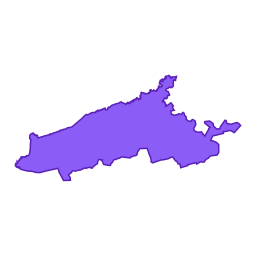 outline of Itas/Gadau, Bauchi, Nigeria
{"feature_id": "59680162B90895100901083", "entity_name": "Itas/Gadau", "entity_type": "district", "adm_level": 2, "iso_a3": "NGA", "parent_name": "Nigeria", "parent_adm1": "Bauchi", "projection": "albers", "projection_center": [9.915, 11.886], "detail": "fine", "context": "isolated", "style": "filled", "palette": "violet", "viewbox_px": 256, "rotation_deg": 0, "n_neighbors": 0, "source": "geoboundaries", "source_scale": "gbopen_adm2", "svg_char_len": 5806}
<svg xmlns="http://www.w3.org/2000/svg" viewBox="0 0 256 256"><path d="M27.3,171.0L32.7,171.4L34.7,172.2L37.7,172.6L40.0,172.6L45.9,171.0L57.7,168.4L59.0,170.9L58.9,171.8L63.6,180.5L70.4,180.3L70.2,177.5L68.4,174.9L71.5,172.5L72.1,171.2L74.0,170.6L75.2,171.2L79.3,169.9L79.9,170.2L82.6,169.0L82.7,168.8L85.9,167.8L86.3,168.3L88.0,167.6L90.1,167.3L91.3,168.2L92.5,167.9L92.7,167.3L95.1,165.2L97.5,163.6L97.6,161.9L98.7,159.4L102.1,159.9L101.6,160.6L102.0,160.8L102.9,162.5L103.6,164.4L109.1,165.5L110.5,165.3L110.9,163.8L112.8,161.9L113.1,160.7L114.0,159.7L116.3,159.4L117.6,158.5L119.9,158.1L121.2,156.9L130.1,157.9L130.3,157.5L133.4,156.0L135.9,155.6L137.1,154.5L137.5,152.0L139.9,148.6L147.2,148.4L149.3,154.6L150.2,156.5L151.0,159.2L151.2,160.9L151.0,161.7L152.6,162.9L160.7,160.1L164.9,159.5L168.0,158.8L171.2,157.3L172.7,157.0L175.5,160.9L176.8,161.2L178.0,163.9L180.1,164.4L180.7,167.7L188.0,165.5L188.0,164.6L196.0,162.7L196.8,164.1L200.6,161.7L202.9,162.2L204.2,162.0L206.1,159.3L208.2,158.3L210.3,155.9L217.0,155.1L218.3,153.3L218.8,152.1L218.7,144.6L216.6,142.5L213.4,141.0L212.0,140.8L210.7,140.3L212.6,136.0L223.4,133.4L223.1,131.9L230.4,130.4L234.3,132.6L240.6,125.5L238.9,123.6L236.9,122.5L232.0,123.9L231.5,124.3L226.9,123.5L226.1,120.5L224.9,120.3L220.3,126.9L219.8,128.8L216.7,129.0L213.5,126.1L213.2,123.8L212.3,122.9L209.6,121.0L205.1,121.5L204.5,122.0L204.8,123.2L210.0,127.4L208.7,128.7L208.5,129.7L204.7,136.1L201.5,131.9L198.0,132.2L195.6,131.5L194.3,130.5L193.7,128.6L195.8,124.6L195.3,121.2L193.0,119.5L192.0,119.8L190.8,121.4L190.4,121.0L189.1,121.3L188.3,120.9L186.0,119.2L186.3,118.7L186.0,116.6L184.6,115.4L184.2,113.4L182.9,112.4L181.4,114.3L178.5,113.8L178.2,114.4L176.1,114.8L174.5,115.4L173.9,115.3L173.5,114.8L171.3,114.2L170.8,110.9L174.2,110.3L172.8,108.2L172.5,106.8L173.4,106.0L171.0,102.8L166.4,106.1L165.7,106.3L166.3,104.9L166.1,104.3L165.0,103.7L164.9,102.2L164.1,101.6L162.7,101.9L162.5,101.5L162.8,100.7L163.6,100.4L164.2,98.4L164.6,98.0L165.2,98.0L165.8,98.8L166.1,98.8L166.9,98.4L167.4,97.4L167.5,95.7L167.8,95.5L169.4,95.4L169.6,94.9L168.1,91.4L166.0,90.9L165.9,90.4L166.2,89.2L166.6,88.6L168.2,88.2L169.5,87.0L170.0,87.0L170.8,87.7L171.7,87.6L173.3,86.2L173.3,80.4L173.8,80.1L175.3,80.5L175.7,80.1L175.5,79.1L176.1,78.1L176.5,76.4L173.8,77.1L172.8,76.8L172.4,77.2L172.3,77.6L171.5,78.1L170.8,78.1L170.8,76.7L169.8,76.6L169.3,75.6L168.9,75.5L168.9,76.0L166.9,76.0L165.4,76.4L165.1,76.9L165.2,78.0L165.4,78.3L166.1,78.0L166.3,78.3L166.1,78.6L165.2,78.9L164.7,78.8L164.6,79.4L163.9,79.4L162.3,79.0L162.2,79.4L163.0,79.9L163.1,81.5L162.9,81.7L161.1,80.9L161.1,80.0L160.5,80.2L160.5,80.7L160.0,81.0L159.8,81.5L160.0,82.1L159.8,82.6L159.4,82.9L159.5,83.9L160.2,83.5L160.7,84.4L161.8,85.0L161.9,85.7L162.2,85.9L162.1,86.3L161.7,86.8L161.0,86.8L160.9,86.6L159.8,86.5L159.6,86.1L159.1,86.0L158.5,86.2L158.4,86.7L159.1,87.2L159.2,87.5L158.5,87.5L157.6,89.1L157.0,89.3L156.9,89.5L157.4,89.6L157.3,90.0L157.1,90.4L156.7,90.7L156.6,91.1L154.0,90.6L154.1,90.2L153.8,90.0L153.3,90.8L152.4,91.1L151.9,90.6L151.5,90.6L151.1,89.8L150.5,89.8L150.1,90.1L149.8,90.9L150.5,91.7L150.1,92.4L148.8,92.5L148.7,92.8L149.2,93.1L149.1,93.4L148.6,93.5L147.6,93.3L146.9,93.8L145.6,93.8L145.2,93.4L144.7,93.7L144.4,93.2L144.0,93.4L143.5,93.2L143.3,92.8L142.2,93.0L141.8,92.9L141.6,92.4L141.2,92.4L141.0,92.6L141.0,93.6L141.3,94.2L140.8,95.1L140.1,95.5L140.0,95.8L140.0,96.7L140.9,97.5L140.6,97.7L140.5,98.6L140.2,99.0L139.6,98.7L139.2,99.5L138.6,99.7L138.1,98.3L137.6,98.1L136.7,98.7L136.9,98.2L136.8,97.8L136.5,97.9L136.2,98.4L136.4,98.8L136.1,99.5L135.7,99.5L135.4,99.1L134.6,99.6L134.1,99.6L134.2,100.5L133.7,100.7L133.7,100.4L133.4,100.2L132.8,100.3L132.9,100.6L132.5,101.1L133.4,101.5L133.2,101.8L132.4,101.8L132.3,101.4L131.7,101.1L130.9,101.4L130.5,101.7L130.6,102.2L130.0,102.4L130.0,103.3L129.2,103.1L128.6,103.2L128.5,103.5L128.3,103.5L128.4,102.5L127.9,102.5L127.8,102.8L127.5,102.5L127.0,102.9L126.6,103.8L125.7,103.8L125.6,104.3L124.0,103.2L122.0,102.7L121.4,101.9L120.1,102.1L119.8,102.6L119.0,103.1L114.9,104.1L113.8,104.8L112.8,104.9L111.5,105.5L109.5,107.5L108.7,107.1L108.0,107.7L107.6,109.4L107.3,109.7L105.9,109.9L105.4,109.5L105.1,109.3L105.1,108.8L105.4,108.6L105.1,108.1L103.0,108.8L103.0,109.3L102.7,109.5L101.3,109.6L101.3,110.0L100.3,109.9L100.1,110.5L99.9,110.7L99.6,110.4L98.5,110.4L98.3,111.0L97.7,110.4L97.4,110.9L96.4,111.0L96.3,111.5L95.6,111.8L95.6,112.6L94.0,112.4L93.8,112.6L93.4,112.5L91.7,112.7L91.5,113.0L90.9,113.0L90.3,113.6L90.0,113.6L90.0,113.9L89.5,114.1L87.2,114.8L86.5,114.5L84.9,115.4L82.3,118.1L71.9,127.0L67.3,127.9L65.3,129.2L64.7,129.3L64.1,129.1L63.1,129.7L60.5,130.2L60.3,130.7L59.7,130.8L59.6,131.2L58.4,131.2L58.3,131.6L57.9,131.8L57.2,131.8L55.4,132.5L53.3,133.0L53.1,133.3L51.5,133.9L50.8,134.5L50.4,134.0L49.8,134.1L49.8,134.3L49.4,134.3L49.2,134.8L47.2,135.2L45.6,135.8L45.0,135.7L44.7,136.0L43.4,136.2L42.9,136.6L41.3,136.9L38.8,137.8L38.4,137.4L37.9,137.7L37.7,137.5L37.5,136.7L37.2,136.5L37.5,135.5L37.0,135.4L36.8,135.1L36.2,135.3L35.8,135.1L35.5,135.4L35.1,135.3L35.0,134.7L34.5,134.7L34.2,134.0L33.5,134.0L33.6,133.6L33.1,133.0L31.2,133.8L29.8,135.3L29.7,138.6L30.8,139.6L30.3,145.8L30.4,147.7L29.6,153.4L28.7,155.5L27.6,155.6L27.1,155.9L26.7,155.7L26.4,156.4L25.7,156.4L25.6,156.7L25.1,156.7L25.0,157.2L24.1,157.1L23.9,156.9L22.9,157.3L22.7,156.9L22.2,156.7L21.2,157.0L21.7,157.6L21.7,158.0L20.8,158.2L20.9,158.7L19.9,159.3L19.4,159.3L19.6,160.1L18.8,161.0L18.3,161.0L17.9,162.2L17.3,162.0L17.1,161.7L17.1,162.2L17.4,162.5L17.7,162.5L17.5,163.0L17.3,163.2L17.2,162.7L16.9,162.9L16.4,163.9L15.7,163.6L15.4,164.9L15.4,165.9L16.5,166.3L16.5,167.1L17.4,167.1L18.0,167.7L18.4,167.6L18.5,167.2L18.2,166.9L19.2,166.9L19.4,167.1L18.8,167.2L18.8,167.8L20.8,169.3L27.3,171.0Z" fill="#8b5cf6" stroke="#5b21b6" stroke-width="1.5"/></svg>